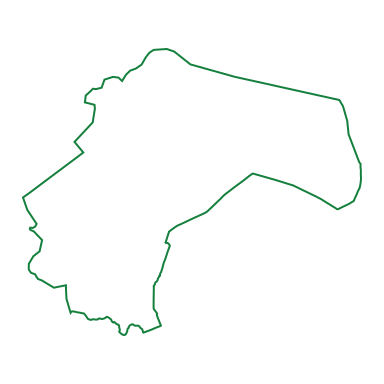 Koro, Mopti, Mali (Albers equal-area conic projection)
{"feature_id": "8926073B21763479745041", "entity_name": "Koro", "entity_type": "district", "adm_level": 2, "iso_a3": "MLI", "parent_name": "Mali", "parent_adm1": "Mopti", "projection": "albers", "projection_center": [-2.891, 14.217], "detail": "fine", "context": "isolated", "style": "outline", "palette": "green", "viewbox_px": 384, "rotation_deg": 0, "n_neighbors": 0, "source": "geoboundaries", "source_scale": "gbopen_adm2", "svg_char_len": 3194}
<svg xmlns="http://www.w3.org/2000/svg" viewBox="0 0 384 384"><path d="M23.0,197.5L27.3,209.9L36.6,223.9L35.2,226.5L32.8,228.0L30.3,227.6L29.8,228.7L30.2,229.8L33.8,231.4L42.1,240.1L39.6,251.3L33.4,256.2L28.9,263.7L28.7,268.6L29.0,269.9L30.9,272.7L35.2,274.4L36.2,276.3L38.0,279.0L41.8,280.4L53.9,287.7L57.7,286.9L65.9,285.3L66.1,291.8L66.5,298.9L69.8,310.2L70.6,312.8L71.2,312.0L71.9,311.4L73.3,311.4L77.5,312.3L80.4,312.8L81.7,313.1L83.6,313.4L84.0,313.5L85.9,315.8L86.2,316.3L87.4,318.1L88.1,319.0L88.8,319.3L89.5,319.4L89.9,319.6L90.1,319.8L90.8,319.9L91.5,319.8L92.7,319.2L95.0,319.5L96.1,319.5L97.5,319.5L98.5,318.8L99.2,318.4L99.8,318.6L101.1,318.8L102.3,319.0L104.2,318.5L105.7,317.6L106.5,316.9L108.0,317.2L109.4,318.1L110.0,318.7L110.9,319.3L111.4,320.1L111.8,321.3L112.7,322.2L113.6,322.5L114.1,322.0L115.0,322.5L115.9,323.5L116.7,324.0L117.1,324.2L117.8,324.7L118.4,324.7L119.1,325.6L119.1,326.6L119.4,328.1L119.8,329.5L119.8,330.3L119.4,331.0L119.2,331.8L119.8,332.3L120.4,333.1L122.2,334.4L123.5,335.0L125.2,334.8L126.2,333.6L126.9,331.9L127.3,331.1L127.3,330.2L127.8,328.5L128.7,327.9L128.8,326.9L129.7,325.5L131.4,324.5L132.1,324.3L133.0,324.5L133.6,324.7L134.2,325.4L134.9,325.7L136.1,325.7L136.5,325.7L137.7,325.7L138.6,325.8L139.0,326.0L139.7,326.9L140.3,327.8L141.2,328.5L142.0,328.9L142.6,330.4L142.9,331.3L142.9,331.8L143.0,332.2L143.4,332.6L145.5,331.9L150.3,330.1L151.4,329.7L155.2,328.0L159.9,326.2L160.5,326.0L160.8,325.8L160.9,325.6L160.2,323.8L157.5,317.0L157.0,315.4L156.8,314.5L157.1,313.6L156.6,312.8L154.6,310.1L153.8,308.9L153.6,308.1L153.6,304.6L153.7,294.3L153.8,291.2L153.8,288.2L153.8,286.5L153.7,285.9L154.3,285.3L154.9,284.2L155.0,283.8L155.1,283.1L155.5,282.4L156.5,281.7L157.5,280.4L157.8,279.0L158.4,277.7L159.0,276.9L159.1,276.1L160.0,275.7L160.0,274.4L160.3,273.3L161.2,271.9L161.7,270.1L162.4,268.1L163.7,263.0L165.4,258.7L167.8,251.3L169.8,245.9L169.8,245.5L168.9,244.1L168.5,243.6L167.6,243.0L167.2,243.0L166.5,242.9L165.8,242.9L165.5,242.6L165.8,241.9L167.5,236.5L167.8,235.6L168.9,232.2L169.0,231.7L171.0,230.1L173.9,228.0L176.5,226.2L178.5,225.1L179.9,224.6L190.4,219.6L195.4,217.3L204.0,213.4L206.2,212.2L207.4,211.3L211.9,207.1L217.8,201.4L221.2,198.2L223.0,196.2L225.1,194.3L226.7,193.1L229.2,191.2L234.0,187.5L236.4,185.7L243.0,180.9L249.7,175.6L251.3,174.5L252.2,173.9L252.6,173.6L253.8,173.8L271.0,178.7L274.3,179.6L282.1,182.0L287.8,183.8L293.4,185.5L301.3,189.4L316.0,196.5L321.0,199.1L327.1,202.9L330.0,204.7L332.6,206.3L335.7,208.2L336.1,208.5L336.7,209.0L337.2,209.2L337.9,209.2L338.4,209.0L342.8,206.8L348.8,204.0L353.8,200.9L354.9,198.2L356.7,194.3L358.0,191.0L359.5,188.3L360.3,184.8L360.8,181.5L361.0,178.1L360.8,174.1L360.9,170.9L360.5,166.9L360.6,164.0L359.1,162.0L359.1,161.9L348.6,134.3L347.2,120.8L343.0,106.2L339.3,100.0L234.7,76.8L190.4,64.4L183.0,58.5L174.3,51.6L166.8,49.0L153.6,49.9L149.3,52.8L145.8,57.3L141.6,64.6L135.8,68.6L130.2,70.6L126.0,74.7L122.1,81.0L118.5,77.6L112.9,76.9L104.5,79.6L101.6,87.7L96.0,89.1L93.0,88.7L90.7,91.0L87.8,93.7L85.8,95.4L84.9,102.4L94.5,104.8L94.9,108.6L92.7,122.4L74.5,141.9L83.3,152.5L73.5,159.9L47.3,179.5L29.6,192.8L23.0,197.5Z" fill="none" stroke="#15803d" stroke-width="2"/></svg>